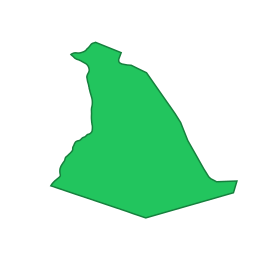 the district of Majzar, Ma'rib, Yemen, rotated 164°
{"feature_id": "15242507B39058401263822", "entity_name": "Majzar", "entity_type": "district", "adm_level": 2, "iso_a3": "YEM", "parent_name": "Yemen", "parent_adm1": "Ma'rib", "projection": "orthographic", "projection_center": [44.889, 15.793], "detail": "fine", "context": "isolated", "style": "filled", "palette": "green", "viewbox_px": 256, "rotation_deg": 164, "n_neighbors": 0, "source": "geoboundaries", "source_scale": "gbopen_adm2", "svg_char_len": 3000}
<svg xmlns="http://www.w3.org/2000/svg" viewBox="0 0 256 256"><g transform="rotate(164 128 128)"><path d="M138.9,38.9L135.7,36.7L92.5,36.7L91.0,36.7L90.1,36.7L88.7,36.7L88.3,36.7L49.6,36.7L46.8,36.7L44.5,36.7L44.0,37.5L42.8,39.3L42.5,39.8L37.9,47.0L43.9,48.5L57.7,51.9L59.0,53.2L62.4,56.4L63.9,58.9L65.1,63.2L66.4,67.7L69.1,79.0L69.2,79.5L74.0,99.4L75.2,111.4L75.9,118.8L78.8,128.8L81.2,135.9L83.3,141.9L95.0,176.0L101.9,182.2L107.6,187.4L111.4,188.8L116.2,191.2L117.8,192.6L118.3,193.7L118.6,194.4L118.0,196.6L113.8,202.3L135.6,219.3L136.5,219.2L137.5,219.2L138.5,219.2L139.5,219.0L140.4,218.6L141.2,218.0L142.0,217.4L142.8,216.8L143.7,216.3L144.5,215.8L145.3,215.5L146.2,214.9L147.0,214.3L148.1,213.9L149.1,213.6L150.2,213.5L151.4,213.4L152.3,213.4L153.4,213.4L154.4,213.6L155.4,213.8L156.3,214.2L157.1,214.5L158.0,214.8L159.2,215.0L160.5,214.9L161.3,214.8L162.4,214.5L162.6,214.4L162.3,213.8L161.8,213.0L161.2,212.2L160.8,211.5L160.2,210.4L159.7,209.6L159.0,208.9L158.4,208.3L157.7,207.8L156.9,207.3L156.2,206.8L155.5,206.1L154.8,205.6L154.1,204.8L153.5,204.2L152.8,203.5L152.7,203.4L152.1,202.8L151.1,201.8L150.3,200.9L149.7,199.7L149.3,198.5L149.1,197.1L149.1,195.8L149.3,194.4L149.7,193.4L150.4,192.5L151.0,191.8L151.4,191.4L152.1,190.7L152.7,189.9L153.2,189.1L153.5,188.4L153.6,187.9L153.7,186.8L153.8,185.8L153.9,184.9L154.0,183.9L154.0,182.9L154.0,181.6L154.0,180.6L154.1,179.5L154.2,178.6L154.2,177.6L154.4,176.5L154.4,175.5L154.4,174.4L154.5,173.4L154.5,172.5L154.5,171.4L154.5,170.5L154.5,169.6L154.5,168.6L154.5,167.5L154.5,166.6L154.6,165.5L154.7,164.7L154.9,163.7L155.1,162.8L155.4,161.8L155.7,160.9L156.0,160.1L156.4,159.3L156.8,158.5L157.3,157.7L157.7,156.8L158.0,155.9L158.2,155.5L158.3,154.9L158.5,154.1L158.8,153.0L159.0,152.1L159.3,151.2L159.6,150.3L159.9,149.4L160.2,148.4L160.5,147.3L160.7,146.4L160.9,145.4L161.1,144.4L161.3,143.4L161.4,142.3L161.6,141.2L161.6,140.3L161.8,139.3L162.1,138.2L162.4,137.3L162.7,136.5L163.1,135.5L163.6,134.6L164.3,134.0L165.1,133.5L165.9,133.1L166.8,132.9L167.7,132.9L168.7,132.9L169.5,132.6L170.3,132.1L171.3,131.6L172.1,131.3L173.0,131.3L174.0,131.2L174.9,130.9L175.8,130.4L176.6,129.9L177.5,129.5L178.5,129.4L179.4,129.5L180.4,129.5L181.5,129.3L182.3,129.0L183.0,128.4L183.7,127.7L184.3,127.0L184.9,126.1L185.7,125.4L186.4,124.5L186.8,123.6L187.0,122.7L187.5,121.9L188.1,121.3L188.9,120.7L189.8,120.2L190.5,119.7L191.4,119.3L192.2,118.9L193.1,118.4L193.8,118.0L194.8,117.6L195.7,117.2L196.5,116.5L197.0,115.7L197.4,114.9L198.0,114.1L198.7,113.4L199.6,112.8L200.4,112.1L201.3,111.3L202.1,110.6L202.8,109.9L203.3,109.3L203.9,108.5L204.5,107.6L204.9,106.7L205.3,105.6L205.6,104.5L205.8,103.5L205.9,102.3L206.0,101.4L206.4,100.5L207.1,99.9L208.0,99.5L208.8,99.1L209.8,98.7L210.7,98.3L211.6,97.9L212.6,97.5L213.5,97.0L214.4,96.5L215.2,96.0L216.0,95.5L216.3,95.2L216.7,95.0L216.9,94.8L218.1,93.7L196.0,78.4L192.9,76.3L176.5,65.0L160.4,53.9L151.7,47.9L146.3,44.0L141.9,41.0L138.9,38.9Z" fill="#22c55e" stroke="#15803d" stroke-width="1.5"/></g></svg>